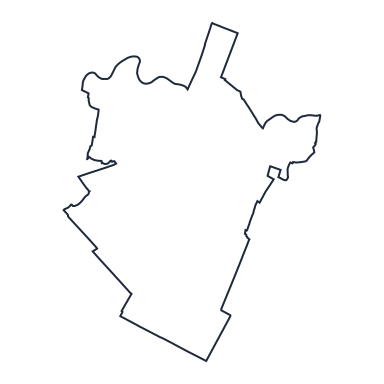 the district of Cosereni, Ialomita, Romania
{"feature_id": "2599482B11808069805596", "entity_name": "Cosereni", "entity_type": "district", "adm_level": 2, "iso_a3": "ROU", "parent_name": "Romania", "parent_adm1": "Ialomita", "projection": "mercator", "projection_center": [26.552, 44.674], "detail": "fine", "context": "isolated", "style": "outline", "palette": "slate", "viewbox_px": 384, "rotation_deg": 0, "n_neighbors": 0, "source": "geoboundaries", "source_scale": "gbopen_adm2", "svg_char_len": 5642}
<svg xmlns="http://www.w3.org/2000/svg" viewBox="0 0 384 384"><path d="M206.2,361.0L230.4,316.1L230.3,315.2L221.3,310.3L221.2,309.2L234.5,276.7L241.2,260.0L243.0,255.2L246.4,246.8L248.8,240.5L249.4,239.3L248.3,238.4L247.8,238.1L247.5,237.7L247.3,237.5L247.0,236.7L246.8,236.5L246.6,236.4L246.4,236.2L246.3,235.7L246.2,235.0L246.2,234.6L244.9,233.8L245.5,230.1L246.6,230.6L247.0,230.4L248.3,226.7L248.7,225.5L249.4,223.7L249.8,222.2L250.0,221.3L250.5,220.1L251.8,216.7L252.6,214.7L253.5,212.4L253.6,211.7L253.9,210.3L254.6,208.3L255.1,206.3L255.3,205.7L255.9,204.2L256.3,203.5L257.4,201.1L258.6,202.0L259.6,202.7L260.2,201.6L265.7,191.4L269.8,185.3L273.7,179.3L267.6,175.9L269.1,170.0L270.2,166.3L273.3,167.3L280.6,169.9L278.4,177.1L280.5,178.1L281.1,178.5L281.4,178.7L284.0,180.0L284.3,180.1L285.9,180.2L286.0,180.2L286.5,180.0L286.6,179.8L287.2,178.9L287.4,178.6L287.7,178.1L287.9,177.6L288.0,177.0L288.0,176.6L287.8,175.7L287.7,174.4L287.7,172.6L287.6,171.6L287.6,170.6L287.6,169.8L287.7,168.7L287.7,168.4L288.5,166.2L289.0,164.9L290.3,162.5L292.4,163.4L292.6,163.2L292.9,162.6L293.1,162.0L295.2,162.4L295.3,162.4L295.6,162.4L296.0,162.5L296.7,162.5L300.4,162.2L302.0,161.9L302.5,161.9L304.7,161.5L305.6,161.3L306.0,161.1L306.3,160.9L306.6,160.7L309.6,156.8L311.9,154.5L313.7,153.0L313.9,152.8L314.4,152.2L313.2,147.4L313.9,146.5L314.4,146.0L315.5,144.6L315.6,144.4L315.6,144.2L315.1,143.2L315.7,143.0L315.8,142.4L315.7,142.0L315.8,141.7L315.9,141.4L316.1,141.2L316.3,141.2L316.4,138.7L316.6,137.0L316.6,136.1L316.7,135.6L316.8,134.7L316.9,132.9L316.9,132.0L316.8,130.8L316.7,129.9L316.6,129.0L316.7,128.1L316.8,127.2L317.3,125.9L318.6,122.5L318.9,122.2L319.2,121.7L320.3,115.8L319.9,115.0L318.1,115.5L317.3,115.7L316.0,115.8L313.5,115.5L311.8,115.3L309.4,115.2L308.3,115.2L307.0,115.4L304.9,116.0L302.3,116.3L299.0,118.2L297.2,120.6L296.1,121.3L294.6,121.9L292.8,121.6L290.4,120.9L287.5,118.9L286.5,117.9L285.4,116.8L284.7,116.3L284.7,116.2L284.0,115.8L282.5,115.1L281.8,114.8L279.7,114.8L278.2,114.8L277.3,115.0L274.9,115.7L272.6,117.1L271.3,118.1L270.0,119.0L267.2,120.9L265.6,122.7L264.5,124.7L262.9,128.3L262.2,127.8L258.4,123.3L255.4,117.9L255.2,117.7L248.0,106.1L247.4,105.4L243.6,99.4L242.2,98.9L241.2,96.1L240.4,91.7L237.1,90.1L224.8,80.0L225.3,79.1L221.0,77.3L237.7,33.2L237.0,32.9L224.3,28.0L221.5,26.9L220.6,26.5L218.8,25.8L216.3,24.8L215.4,24.5L214.2,24.0L213.3,23.6L212.8,23.3L212.4,23.0L212.2,23.1L211.9,23.3L211.7,23.6L211.5,24.2L209.0,32.0L204.9,44.1L205.1,44.6L201.8,54.9L195.7,72.0L191.5,80.8L187.6,89.4L185.6,86.8L183.5,85.7L181.1,84.9L178.4,84.3L175.0,83.9L172.8,82.7L170.5,81.0L168.3,79.4L167.0,78.5L165.8,77.9L163.8,77.1L162.5,76.8L159.1,77.0L156.3,78.7L153.4,80.7L151.8,82.0L150.5,82.7L148.9,83.3L146.7,83.7L145.4,83.7L143.9,83.4L142.2,82.6L140.5,81.2L139.5,79.9L138.6,78.2L138.1,76.8L137.1,73.4L137.4,70.0L137.7,68.4L138.7,64.9L139.2,63.7L139.7,62.4L139.9,61.5L139.9,60.7L139.7,59.6L139.2,58.7L138.5,57.7L137.4,56.9L136.3,56.6L134.2,56.4L132.3,56.5L130.4,56.9L127.6,57.9L121.9,61.3L119.6,62.9L117.6,64.7L115.6,66.9L111.6,74.9L110.7,76.4L109.3,77.9L108.3,78.6L107.3,78.9L106.4,79.0L105.2,78.9L102.3,79.0L100.6,78.3L98.7,77.2L97.4,76.0L96.2,74.7L95.6,73.9L94.8,73.2L93.5,72.7L92.3,72.5L90.9,72.7L88.9,73.4L87.5,74.4L85.9,76.0L83.4,80.5L82.9,82.2L82.4,86.9L81.9,90.1L87.9,93.0L88.6,93.4L87.9,97.2L88.2,97.3L88.4,97.5L88.5,97.8L88.6,98.0L88.7,98.6L88.7,100.2L88.7,100.8L89.6,104.7L89.7,105.1L90.1,105.6L90.4,106.0L90.6,106.2L91.1,106.6L91.3,106.8L91.8,107.1L92.5,107.4L93.1,107.6L93.8,107.9L94.7,108.4L95.6,108.7L96.2,108.9L96.8,109.1L98.5,109.5L98.7,109.9L98.6,110.1L98.5,111.5L98.0,115.3L97.4,118.1L97.0,120.0L96.9,120.0L96.4,124.0L96.2,124.8L96.1,125.5L96.0,126.3L95.9,127.2L95.7,128.4L95.6,129.6L95.2,132.2L94.7,135.0L94.5,137.1L93.1,136.8L91.8,145.1L91.6,145.5L90.3,146.4L89.7,149.0L87.8,153.2L87.7,155.0L87.7,156.2L87.6,156.8L87.2,159.1L87.3,159.1L88.0,158.4L88.7,156.7L91.7,158.9L92.8,159.3L93.7,159.8L94.7,160.1L98.3,160.8L101.3,160.9L101.6,161.1L101.7,161.5L101.7,162.8L101.8,162.9L101.9,163.1L102.1,163.0L102.3,162.9L102.5,162.8L103.0,163.2L103.3,163.4L104.1,163.8L104.4,163.9L105.0,164.0L105.6,164.0L106.2,163.9L106.8,163.8L107.4,163.6L108.1,163.3L109.9,161.6L110.2,161.1L110.6,160.7L110.9,160.6L111.1,160.6L111.4,160.7L112.1,161.8L112.4,161.7L112.7,161.6L113.2,161.3L113.6,161.2L114.0,161.2L114.3,161.2L114.7,161.6L116.1,163.6L113.6,164.9L113.4,165.0L110.8,165.9L108.6,166.6L106.8,167.3L102.9,168.6L99.7,169.6L97.3,170.5L96.0,170.8L94.3,171.4L92.0,172.1L90.5,172.6L88.4,173.3L81.3,175.7L78.4,176.7L79.5,178.3L82.6,182.8L83.9,184.6L85.6,186.9L87.1,188.9L87.4,188.9L87.8,189.5L89.2,191.5L89.3,191.5L88.8,192.1L88.8,192.7L88.7,193.6L88.6,193.8L88.2,194.4L87.2,195.1L86.5,195.7L86.0,196.0L85.0,197.0L84.7,197.4L84.4,197.7L84.1,198.2L83.6,198.8L83.3,199.2L82.5,200.2L82.2,200.6L81.7,201.2L81.2,201.7L81.0,201.9L80.4,202.6L79.9,203.0L79.1,203.7L78.9,203.9L78.2,204.4L77.7,204.7L77.2,205.0L76.7,205.2L76.4,205.3L76.2,205.4L75.5,205.6L75.1,205.8L74.7,205.9L74.0,206.0L73.6,206.0L73.2,206.0L72.7,205.9L72.4,205.6L72.2,205.3L72.0,205.0L72.0,204.9L71.9,204.8L71.7,204.7L71.4,204.5L71.2,204.5L70.3,205.5L69.5,206.4L68.2,207.5L67.1,208.1L66.2,208.4L65.5,208.9L64.9,209.0L64.4,209.3L64.0,209.7L63.9,210.0L63.7,210.2L67.9,214.8L68.0,216.2L68.1,216.5L68.5,217.0L87.3,237.4L96.6,247.7L97.1,248.6L92.7,251.4L95.1,254.1L99.2,258.7L117.4,278.6L129.8,292.4L131.5,293.8L128.3,299.4L127.6,300.6L124.8,305.4L122.6,309.4L121.6,311.0L122.2,311.6L122.5,311.9L122.3,312.3L121.7,313.5L120.3,316.2L140.3,326.9L160.5,337.4L161.4,337.6L169.7,341.9L186.5,350.9L187.1,351.2L206.2,361.0Z" fill="none" stroke="#1e293b" stroke-width="2"/></svg>